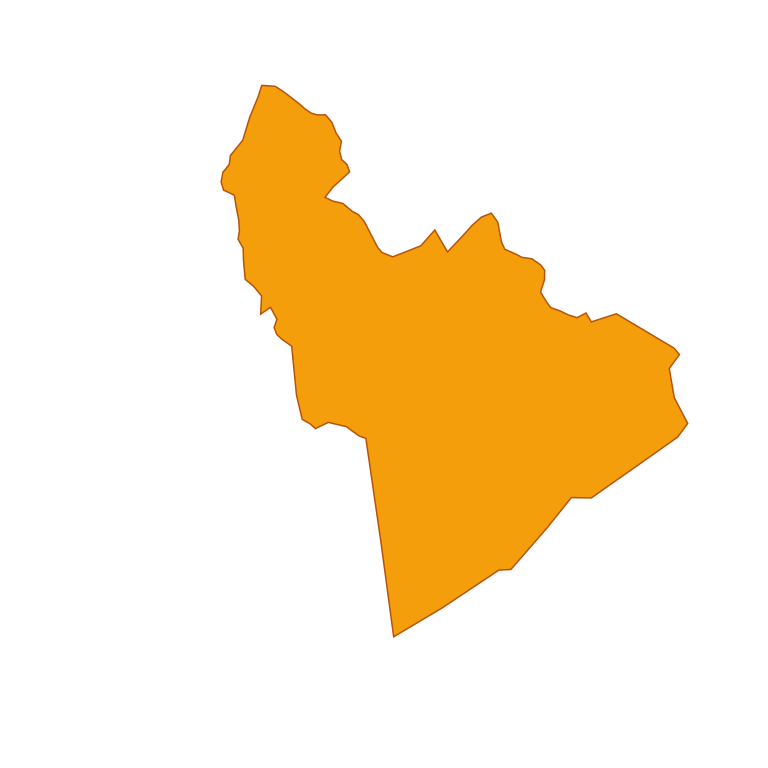 outline of Monte Alegre, Rio Grande do Norte, Brazil, rotated 35°
{"feature_id": "56859067B80124012562494", "entity_name": "Monte Alegre", "entity_type": "district", "adm_level": 2, "iso_a3": "BRA", "parent_name": "Brazil", "parent_adm1": "Rio Grande do Norte", "projection": "equal_earth", "projection_center": [-35.442, -6.114], "detail": "fine", "context": "isolated", "style": "filled", "palette": "amber", "viewbox_px": 768, "rotation_deg": 35, "n_neighbors": 0, "source": "geoboundaries", "source_scale": "gbopen_adm2", "svg_char_len": 1418}
<svg xmlns="http://www.w3.org/2000/svg" viewBox="0 0 768 768"><g transform="rotate(35 384 384)"><path d="M536.9,585.5L560.3,533.5L584.8,470.6L594.3,463.2L600.1,408.2L602.6,369.6L619.2,358.4L626.5,338.0L640.5,299.4L655.0,259.0L655.4,242.1L629.6,228.7L608.8,207.7L609.1,190.4L600.8,188.3L534.1,193.2L518.2,214.2L508.7,210.0L504.1,218.9L495.7,221.6L486.5,223.1L476.8,225.8L470.2,223.6L459.5,218.9L455.6,206.4L450.5,198.8L444.3,196.6L433.3,196.6L424.5,201.1L416.3,202.2L405.7,204.4L398.7,200.2L384.5,186.3L373.9,182.5L368.0,191.5L365.2,203.5L363.8,215.1L360.3,239.4L350.1,234.7L337.3,228.7L334.9,249.6L323.0,267.7L318.2,274.8L306.7,277.5L300.3,275.7L274.7,262.2L265.9,259.9L258.8,260.8L246.7,259.7L237.3,263.5L228.6,265.0L229.3,251.6L234.2,230.0L227.7,225.4L220.7,224.5L214.2,218.9L209.8,209.5L200.8,205.9L191.5,199.7L181.8,197.0L175.2,201.7L169.0,203.9L161.3,204.0L154.1,203.1L142.7,202.6L133.7,202.2L124.0,202.6L112.6,209.5L116.1,220.7L120.9,242.1L128.5,265.5L127.1,284.9L131.3,292.9L130.6,303.0L134.7,311.9L141.3,317.2L153.1,315.2L162.0,324.4L170.8,332.8L177.6,341.3L181.4,349.1L190.7,353.5L198.2,363.6L210.3,377.9L221.4,378.8L233.2,382.1L242.9,397.5L247.0,386.3L259.2,392.4L261.6,400.8L267.8,404.9L274.7,405.9L286.7,406.0L318.6,443.2L337.3,459.9L346.4,459.0L353.4,459.9L360.4,447.4L377.7,440.5L385.2,440.8L393.6,440.8L400.4,439.0L472.3,515.4L536.9,585.5Z" fill="#f59e0b" stroke="#b45309" stroke-width="1.5"/></g></svg>